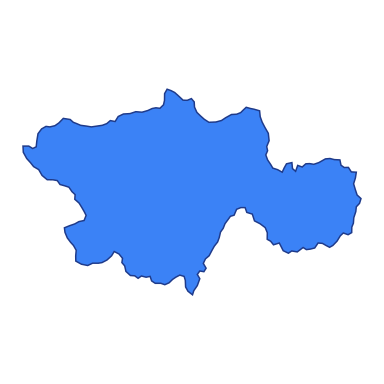 Jeceaba, Minas Gerais, Brazil
{"feature_id": "56859067B20881442206029", "entity_name": "Jeceaba", "entity_type": "district", "adm_level": 2, "iso_a3": "BRA", "parent_name": "Brazil", "parent_adm1": "Minas Gerais", "projection": "natural_earth1", "projection_center": [-44.042, -20.555], "detail": "fine", "context": "isolated", "style": "filled", "palette": "blue", "viewbox_px": 384, "rotation_deg": 0, "n_neighbors": 0, "source": "geoboundaries", "source_scale": "gbopen_adm2", "svg_char_len": 2687}
<svg xmlns="http://www.w3.org/2000/svg" viewBox="0 0 384 384"><path d="M46.0,126.4L41.6,128.9L38.0,133.7L36.8,141.1L36.2,146.8L32.7,148.5L28.8,146.1L23.0,146.1L23.3,152.3L26.7,158.5L30.6,162.8L33.6,166.6L38.7,169.6L42.1,175.5L47.2,179.7L53.0,179.8L57.3,180.6L60.0,184.5L64.7,185.8L68.9,187.2L72.0,191.7L75.1,194.6L74.8,199.3L79.1,203.1L82.0,207.8L84.2,211.6L86.1,215.4L84.1,220.5L78.9,221.6L74.8,223.9L69.6,225.7L64.4,227.8L65.0,232.4L67.3,237.9L70.6,242.3L73.5,245.5L76.2,250.3L75.7,256.0L75.8,261.1L81.4,264.2L87.7,265.5L92.6,263.2L98.3,263.2L102.0,262.6L107.0,260.0L111.6,255.8L114.2,251.5L119.0,254.0L122.5,258.3L121.9,262.6L124.7,265.9L125.9,271.4L130.4,275.5L134.7,275.8L138.1,278.3L141.4,276.0L146.1,277.2L150.1,276.4L151.6,280.9L155.2,283.3L160.8,283.3L164.8,284.7L169.1,282.8L172.6,279.4L175.8,277.2L179.8,275.1L184.1,276.4L185.3,280.3L185.6,287.0L188.0,291.3L192.5,294.8L193.8,290.7L197.3,285.6L199.8,278.7L197.3,274.4L199.8,271.0L203.9,271.7L206.1,268.2L203.3,263.4L205.5,258.8L209.1,255.8L212.0,250.3L214.3,246.2L217.6,242.0L219.2,237.7L220.5,232.1L223.2,228.3L225.0,223.7L228.1,219.5L230.4,216.3L234.1,215.2L236.6,209.3L240.8,207.6L245.1,207.6L246.8,212.4L252.3,214.1L254.5,220.9L260.0,223.7L265.2,227.6L267.3,232.7L267.2,239.3L270.6,241.2L273.5,244.8L279.3,243.0L283.2,250.7L288.4,253.2L291.7,251.0L297.3,251.9L303.1,247.5L306.4,249.6L310.3,249.1L314.7,248.0L318.1,243.0L322.5,243.4L326.1,245.5L329.6,247.3L332.8,245.5L337.0,241.2L340.3,235.8L343.3,233.0L348.1,234.7L351.7,232.6L351.8,227.1L353.4,223.2L353.8,217.7L355.8,211.6L356.3,206.8L359.5,203.4L361.0,198.6L357.1,195.0L355.3,189.5L353.6,183.8L355.4,178.0L356.3,172.2L351.3,171.9L348.4,167.4L344.2,167.5L341.0,165.2L339.9,159.9L334.3,159.6L330.0,158.5L325.4,158.9L318.8,162.6L313.8,164.3L309.6,163.6L305.8,163.8L302.2,167.0L297.7,165.4L295.6,171.3L292.5,168.6L291.9,162.6L286.5,163.8L284.2,167.9L282.2,172.2L277.7,169.7L272.8,168.1L270.7,164.5L267.6,159.9L265.8,154.9L267.6,150.7L266.7,146.6L269.1,140.7L268.3,133.3L264.9,127.4L262.1,122.0L260.2,116.7L259.6,110.8L254.0,109.2L250.5,108.5L246.2,107.3L243.4,109.9L240.7,112.6L236.7,114.2L231.5,114.5L225.7,117.7L221.5,120.5L215.9,122.0L208.9,122.3L204.3,119.3L200.6,116.0L196.9,112.4L194.5,107.1L194.2,101.9L191.4,98.6L187.3,100.3L183.1,100.2L178.7,96.1L174.7,92.5L171.0,90.6L167.1,89.2L164.6,93.6L164.5,100.4L163.5,104.8L159.9,108.3L155.9,107.8L152.2,108.5L147.9,110.5L142.0,112.2L135.8,111.7L130.0,113.6L123.4,114.0L118.2,116.5L115.1,121.5L110.3,120.6L106.8,123.6L102.3,125.3L96.2,126.2L91.3,126.9L86.5,126.1L80.6,125.3L76.9,123.7L73.3,122.3L70.2,119.5L63.3,118.4L58.8,123.0L54.9,125.7L49.9,126.9L46.0,126.4Z" fill="#3b82f6" stroke="#1e3a8a" stroke-width="1.5"/></svg>